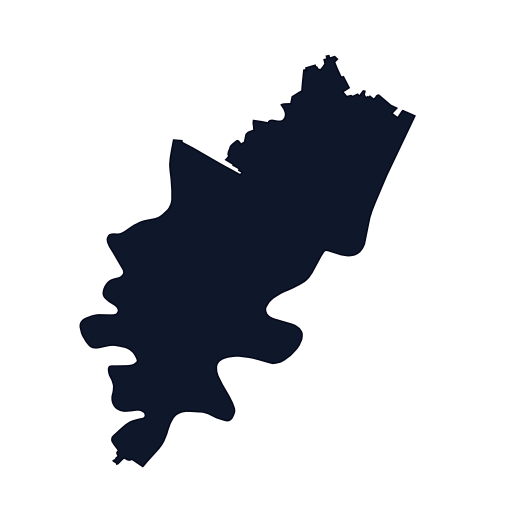 An Lao, Hải Phòng, Vietnam, rotated 256°
{"feature_id": "81297802B65658789050233", "entity_name": "An Lao", "entity_type": "district", "adm_level": 2, "iso_a3": "VNM", "parent_name": "Vietnam", "parent_adm1": "Hải Phòng", "projection": "natural_earth1", "projection_center": [106.554, 20.797], "detail": "fine", "context": "isolated", "style": "filled", "palette": "ink", "viewbox_px": 512, "rotation_deg": 256, "n_neighbors": 0, "source": "geoboundaries", "source_scale": "gbopen_adm2", "svg_char_len": 5987}
<svg xmlns="http://www.w3.org/2000/svg" viewBox="0 0 512 512"><g transform="rotate(256 256 256)"><path d="M232.4,69.2L231.2,68.7L230.4,68.5L229.3,68.3L223.4,68.2L221.3,68.5L218.6,69.2L214.0,70.6L210.7,72.1L208.8,73.2L207.7,74.2L206.7,75.5L205.9,77.5L205.5,78.9L205.3,80.4L205.1,82.6L205.0,87.4L204.8,91.7L204.6,93.5L204.2,95.5L203.5,97.7L201.8,101.6L199.2,106.9L197.9,108.8L196.6,110.3L195.0,111.7L192.9,113.2L191.6,113.9L188.8,114.9L185.2,115.7L183.9,115.7L182.9,115.7L182.2,115.3L181.6,114.4L180.3,111.5L180.1,110.1L180.1,108.0L180.5,104.6L183.0,93.7L184.2,88.9L184.2,88.1L184.1,87.1L183.6,86.5L182.6,85.8L181.3,85.4L179.0,85.1L175.8,85.1L173.6,85.6L170.9,86.3L168.5,86.5L166.3,86.6L164.3,86.5L162.5,86.0L160.1,85.2L157.8,84.2L156.0,83.2L154.6,82.5L152.9,82.0L151.5,81.7L149.7,81.5L147.8,81.6L145.5,82.1L143.7,82.8L142.2,83.7L140.8,85.0L139.2,86.9L137.9,89.3L137.3,90.9L136.8,93.2L136.4,95.7L136.0,98.3L135.5,103.0L135.1,104.4L134.7,105.7L134.1,106.8L133.3,107.8L131.8,109.4L130.8,110.0L129.9,110.2L128.4,110.2L127.4,109.9L126.9,109.5L126.2,108.8L125.9,108.0L125.7,107.3L125.7,105.5L125.9,103.1L125.8,98.8L125.7,96.4L125.3,93.7L124.6,91.5L123.5,88.5L121.6,84.7L120.2,82.0L117.9,77.9L116.2,74.6L114.9,72.8L114.0,72.2L113.0,71.8L112.1,71.6L110.9,71.6L109.1,72.2L107.7,72.6L100.5,75.7L99.7,74.3L99.2,73.8L98.8,73.5L98.4,73.4L97.9,73.4L97.4,73.4L96.6,73.7L96.1,73.8L95.6,73.8L95.2,73.6L94.8,73.3L94.5,73.0L94.3,72.6L94.2,71.8L93.3,71.2L93.0,70.6L92.6,70.0L92.1,69.5L92.0,69.1L92.0,68.7L92.1,68.2L92.0,67.9L91.7,67.9L90.9,68.5L89.9,69.7L89.3,70.2L88.5,70.5L87.7,70.6L87.9,71.9L91.4,77.6L91.9,79.5L89.5,81.9L88.9,82.9L88.6,84.0L88.6,85.4L88.8,86.5L79.1,95.2L79.3,95.6L83.0,100.6L92.9,115.3L96.0,119.0L98.8,121.7L105.1,126.3L108.7,128.4L113.9,131.8L116.3,133.8L119.2,136.6L121.1,139.4L122.0,141.9L122.6,144.9L122.7,146.9L122.4,150.3L121.6,153.7L117.5,166.8L114.8,171.4L108.7,178.6L104.6,185.2L103.4,187.5L103.0,189.1L103.0,190.3L103.5,191.7L104.4,193.2L105.8,194.5L107.5,195.9L110.3,197.6L113.2,198.1L118.9,197.5L126.2,195.9L139.6,192.0L148.8,190.0L153.4,189.8L156.3,190.3L158.8,191.0L160.3,191.8L161.9,193.3L163.1,195.0L163.7,196.5L164.3,198.4L164.6,200.2L164.8,204.5L164.2,210.1L163.6,213.3L162.9,215.8L159.5,224.6L157.7,228.5L154.9,233.6L151.6,239.3L149.7,242.6L147.8,246.1L147.4,249.0L147.3,254.1L148.3,258.0L151.3,265.3L152.9,267.9L156.3,273.1L157.8,274.8L159.5,276.6L161.4,278.0L163.1,279.4L164.4,280.2L166.8,281.2L169.6,281.9L171.3,281.8L173.3,281.1L174.9,280.5L176.3,279.5L179.3,276.8L181.3,273.9L190.7,257.8L193.0,254.9L195.0,253.4L197.1,252.3L199.6,252.0L201.5,252.1L203.7,252.9L206.1,255.2L208.0,257.1L209.5,259.4L211.2,262.5L212.7,267.0L213.9,270.8L214.5,273.4L216.3,284.2L218.2,292.1L219.5,296.3L220.4,298.4L222.5,301.9L226.5,306.4L240.3,319.0L243.9,322.8L244.6,323.9L244.6,325.3L244.0,327.0L236.6,339.1L234.3,344.6L233.7,346.8L233.5,348.9L233.3,351.5L233.6,353.5L234.1,355.3L235.1,357.7L237.1,360.3L238.7,361.9L241.3,364.0L265.9,375.7L272.5,379.8L278.8,384.3L302.7,402.3L353.5,444.1L361.6,433.6L361.0,432.7L355.8,426.9L361.5,422.3L365.4,428.4L369.5,423.3L382.5,414.0L382.5,413.0L382.3,412.1L382.0,411.5L381.3,411.1L381.0,410.6L380.0,409.0L379.5,408.1L383.5,405.2L382.7,403.1L383.5,402.7L382.9,400.8L386.2,400.0L387.0,400.3L389.5,401.6L390.2,400.5L390.1,399.8L388.8,398.2L387.4,396.5L386.4,396.9L386.3,395.1L386.8,394.8L388.4,393.7L387.3,388.0L388.2,387.6L388.7,387.0L388.7,382.6L394.3,379.8L396.7,387.1L408.8,384.2L408.5,382.6L409.0,382.5L408.9,381.8L419.3,379.9L425.2,379.1L427.3,382.6L430.5,380.6L430.1,375.3L432.8,375.2L432.9,372.6L430.0,372.7L430.1,369.6L425.7,369.5L423.0,366.4L421.0,363.8L422.5,361.1L423.0,360.9L424.3,360.9L424.5,360.7L425.4,359.6L426.8,359.5L426.4,349.9L423.7,349.8L423.6,349.6L423.7,349.1L423.9,348.9L424.2,348.9L424.6,348.7L424.7,348.3L424.8,347.4L412.9,343.1L406.4,340.9L405.2,340.8L403.9,336.3L402.5,332.1L401.8,329.7L395.3,326.6L396.6,320.4L396.8,319.0L396.8,318.6L396.5,317.1L392.1,318.7L390.3,319.0L388.7,319.2L387.3,319.1L386.0,318.9L384.7,318.4L382.9,317.3L381.4,315.5L381.0,314.6L380.8,313.7L380.8,312.8L380.9,311.9L381.5,309.6L383.8,304.4L383.9,303.1L383.9,302.3L383.7,301.5L383.3,300.9L382.1,300.1L385.1,293.6L388.1,286.3L385.5,285.4L383.3,285.2L378.8,284.5L378.5,284.0L378.1,279.4L377.8,278.2L377.3,277.2L377.0,276.9L376.7,276.2L376.2,275.7L370.3,272.9L369.8,272.6L368.8,271.8L368.8,270.3L367.9,268.2L370.0,267.7L372.0,266.6L372.5,265.6L372.1,264.5L371.3,262.8L370.2,260.4L369.0,258.4L368.0,257.4L366.6,256.6L363.7,254.5L361.7,253.6L361.0,253.5L360.1,254.0L359.1,253.3L357.7,251.6L356.7,249.9L350.3,256.3L349.6,255.7L346.1,259.5L344.4,260.8L343.3,260.0L340.5,262.9L338.5,260.4L354.4,243.2L376.2,220.6L384.1,211.7L385.8,212.0L387.6,206.7L388.5,204.1L377.8,199.2L371.9,196.7L366.8,194.9L364.1,194.2L359.3,193.4L351.3,192.4L340.1,190.4L330.9,188.1L328.5,187.1L326.5,185.9L323.7,183.6L322.7,182.6L321.8,181.3L318.2,174.8L317.3,172.3L316.9,171.0L316.7,169.8L316.6,168.5L316.5,167.2L316.6,164.3L317.0,156.9L316.9,154.0L316.6,151.5L316.2,149.5L315.8,147.9L315.2,145.0L314.1,141.9L311.2,134.2L310.7,132.2L310.4,130.6L310.3,129.1L310.4,127.9L310.6,126.9L311.6,123.6L311.9,122.5L312.0,121.4L312.0,120.2L312.0,119.3L311.7,118.7L311.2,117.9L309.4,116.4L308.3,115.8L306.9,115.6L305.3,115.5L301.7,116.0L299.8,116.5L292.9,118.7L281.4,122.0L275.7,123.7L274.4,124.0L273.0,124.0L271.4,123.7L270.7,123.2L270.1,122.6L269.3,121.6L268.7,120.6L268.2,119.4L267.9,117.9L267.9,112.3L267.7,110.4L267.5,109.2L267.0,107.8L266.4,106.5L265.6,105.2L264.2,103.5L262.9,102.2L260.8,100.6L258.8,99.5L257.0,98.8L255.4,98.6L254.5,98.6L253.0,99.0L251.5,99.7L247.3,102.6L246.5,103.4L242.7,107.1L241.9,107.7L240.9,108.4L240.0,108.9L239.2,109.2L237.3,109.5L236.4,109.5L235.5,109.0L234.0,107.7L233.5,106.9L233.2,106.1L233.1,105.0L233.2,103.5L233.7,101.1L236.8,89.7L237.1,88.2L237.3,86.5L237.4,84.3L237.4,82.6L237.3,81.2L237.0,78.8L236.7,76.3L236.4,74.9L236.1,73.6L235.6,72.6L235.0,71.6L234.4,70.8L233.5,69.9L232.4,69.2Z" fill="#0f172a" stroke="#020617" stroke-width="1.5"/></g></svg>